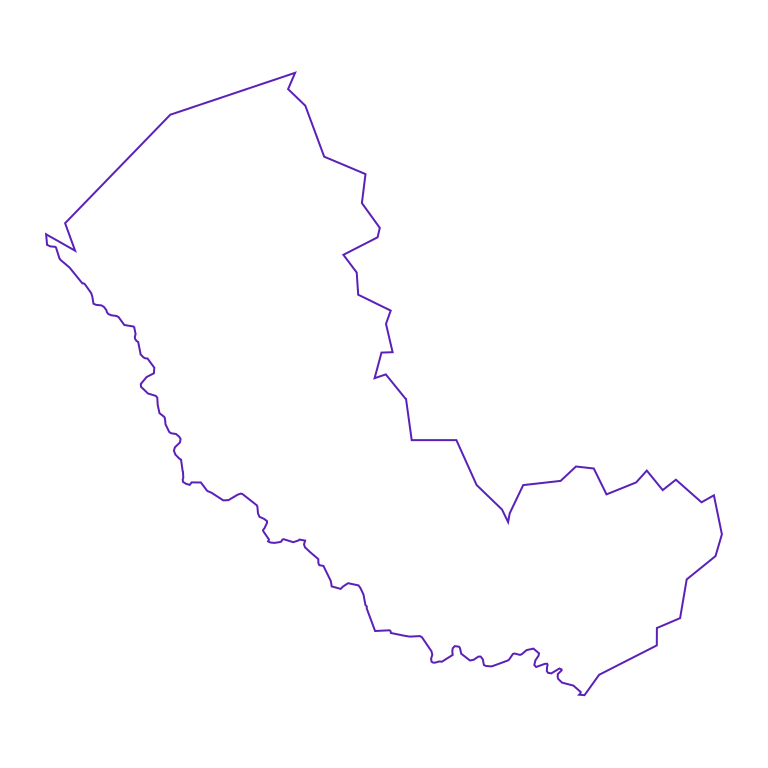 outline of Mingo, West Virginia, United States of America
{"feature_id": "52423323B3909693217248", "entity_name": "Mingo", "entity_type": "district", "adm_level": 2, "iso_a3": "USA", "parent_name": "United States of America", "parent_adm1": "West Virginia", "projection": "natural_earth1", "projection_center": [-82.154, 37.743], "detail": "fine", "context": "isolated", "style": "outline", "palette": "violet", "viewbox_px": 768, "rotation_deg": 0, "n_neighbors": 0, "source": "geoboundaries", "source_scale": "gbopen_adm2", "svg_char_len": 2903}
<svg xmlns="http://www.w3.org/2000/svg" viewBox="0 0 768 768"><path d="M656.8,645.4L656.9,628.0L680.1,618.1L686.7,579.4L715.5,556.1L721.9,534.3L713.9,495.3L701.5,502.3L675.9,479.7L662.7,490.1L646.8,470.6L636.2,482.4L606.5,494.4L593.8,468.5L576.0,466.5L560.6,480.9L523.2,485.1L509.7,513.3L508.1,522.1L502.0,509.5L476.6,485.0L456.4,440.1L411.7,440.1L406.0,398.8L405.5,398.7L385.8,374.4L374.6,378.2L381.5,352.6L392.6,352.2L386.0,323.9L390.7,310.6L358.2,294.7L356.7,272.5L343.4,254.8L377.6,237.3L379.8,227.9L361.9,203.1L365.5,174.1L324.2,156.7L305.3,105.7L288.1,89.1L295.1,72.8L170.9,114.5L170.3,114.7L65.1,223.2L75.1,250.7L46.1,234.3L47.0,243.9L47.0,244.8L50.4,246.4L55.0,246.8L56.0,247.5L59.5,258.5L60.6,260.0L69.5,267.5L82.3,283.3L83.6,283.3L85.0,284.4L91.2,293.1L92.3,296.6L93.5,303.7L96.2,304.9L101.5,305.4L103.9,306.9L106.3,310.0L106.9,312.1L108.2,313.9L111.0,315.2L116.5,316.0L118.5,317.0L124.3,325.0L133.4,326.5L134.2,327.2L135.6,334.1L134.8,337.0L135.1,338.9L136.5,340.9L138.2,342.0L140.4,353.1L140.5,354.3L143.4,357.3L145.2,358.3L147.5,358.5L154.3,367.7L153.9,373.3L146.6,377.0L140.8,384.0L141.0,386.8L141.3,387.1L148.0,393.5L155.8,395.9L156.6,396.8L157.3,397.8L157.7,404.9L159.5,413.2L164.4,417.0L165.0,418.9L165.5,424.3L169.2,431.9L170.9,433.2L176.0,434.0L179.1,436.6L180.6,439.0L179.9,442.5L174.9,447.3L173.9,450.7L175.4,454.6L179.4,458.7L181.0,459.6L181.2,460.8L182.7,471.4L183.0,471.8L183.3,478.0L182.7,479.5L183.0,481.9L185.9,483.7L189.7,484.9L191.6,482.4L200.9,482.5L207.2,490.9L211.6,492.8L223.3,500.4L228.5,500.1L237.6,494.7L240.9,493.6L242.4,494.0L256.8,505.3L257.4,506.8L258.0,513.5L259.5,516.8L264.1,518.9L267.0,521.1L267.0,522.9L264.4,528.4L263.1,529.9L263.2,531.1L269.0,539.6L268.1,541.4L270.4,542.5L274.5,542.9L280.3,542.0L281.3,541.5L282.3,539.7L283.7,539.2L293.2,542.2L298.7,540.4L299.4,539.6L300.2,539.7L305.1,540.6L304.0,544.4L305.0,547.3L310.2,552.2L318.3,559.1L318.4,563.4L319.4,565.2L323.4,565.9L330.8,581.0L331.7,586.4L340.7,588.9L342.9,586.6L348.1,583.2L358.5,585.4L360.4,588.0L363.5,594.6L365.4,604.9L366.8,606.5L366.7,608.4L375.1,631.0L389.6,630.3L390.6,631.2L390.9,633.0L404.7,635.8L409.7,636.6L420.0,636.1L421.9,637.2L431.5,651.3L432.3,654.8L431.1,658.7L431.5,661.6L432.7,662.5L434.9,662.7L439.0,661.5L441.9,661.7L452.7,654.9L452.3,651.3L452.7,648.3L454.8,646.1L459.0,646.7L460.0,648.1L461.2,653.7L470.0,660.5L473.8,659.7L478.4,656.6L480.7,656.6L482.8,659.3L483.9,665.0L486.0,666.0L491.2,666.4L493.1,665.9L507.6,660.6L509.1,659.6L512.9,654.0L514.6,653.5L520.0,654.9L521.8,654.2L526.6,650.1L533.4,648.6L539.0,653.3L538.5,655.8L535.4,660.3L534.3,665.0L536.1,667.0L545.0,663.8L547.2,663.8L547.6,665.1L547.1,666.5L546.8,671.0L548.0,672.8L551.3,673.4L559.4,668.5L561.6,669.5L561.6,670.4L557.8,674.1L557.7,677.4L558.3,679.0L562.0,682.6L573.4,685.6L580.7,692.0L580.3,693.6L579.2,694.7L584.5,695.2L599.1,674.8L656.8,645.4Z" fill="none" stroke="#5b21b6" stroke-width="2"/></svg>